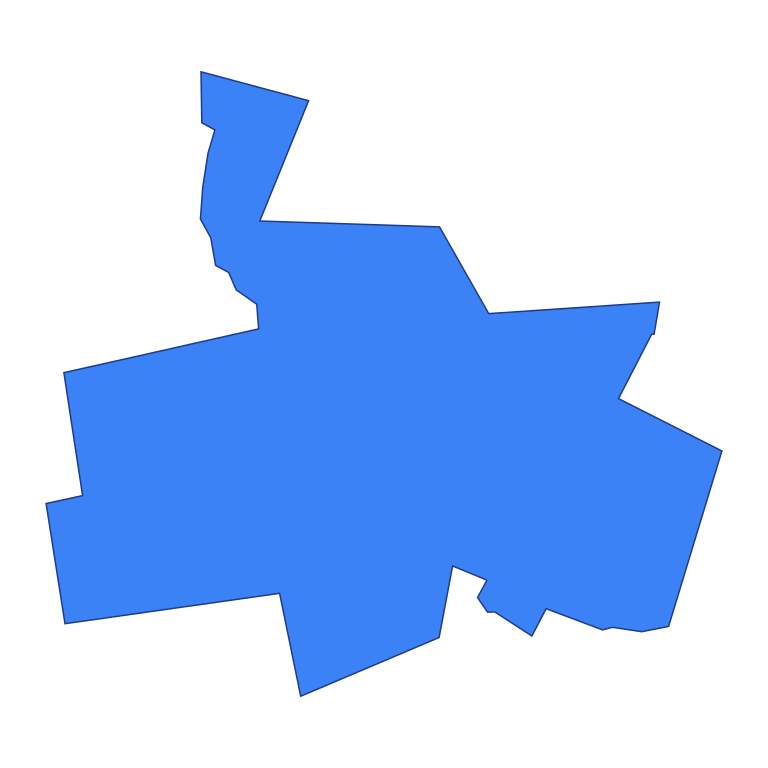 the district of Redcliff, Midlands, Zimbabwe
{"feature_id": "62879985B17872129948675", "entity_name": "Redcliff", "entity_type": "district", "adm_level": 2, "iso_a3": "ZWE", "parent_name": "Zimbabwe", "parent_adm1": "Midlands", "projection": "mercator", "projection_center": [29.763, -19.011], "detail": "fine", "context": "isolated", "style": "filled", "palette": "blue", "viewbox_px": 768, "rotation_deg": 0, "n_neighbors": 0, "source": "geoboundaries", "source_scale": "gbopen_adm2", "svg_char_len": 714}
<svg xmlns="http://www.w3.org/2000/svg" viewBox="0 0 768 768"><path d="M308.6,100.7L201.0,71.8L201.8,122.8L214.9,129.9L208.0,153.3L202.8,186.9L200.4,219.0L210.8,237.8L215.6,265.4L228.7,272.5L236.2,289.9L256.7,304.2L258.6,328.7L258.6,328.9L196.6,342.8L177.2,347.2L163.6,350.3L153.3,352.6L63.9,372.6L70.4,415.6L82.6,495.6L46.1,503.5L65.0,623.7L279.6,593.3L300.7,696.2L439.1,637.5L452.6,566.0L486.4,579.9L486.5,581.1L477.5,597.5L487.5,612.1L490.0,612.1L492.4,612.0L494.9,612.0L531.9,636.0L546.1,608.7L602.6,629.9L612.4,627.3L641.8,631.7L668.6,626.4L721.9,451.0L618.5,398.6L651.7,334.2L654.1,334.2L659.5,302.1L488.7,313.6L439.5,226.9L259.8,221.0L308.6,100.7Z" fill="#3b82f6" stroke="#1e3a8a" stroke-width="1.5"/></svg>